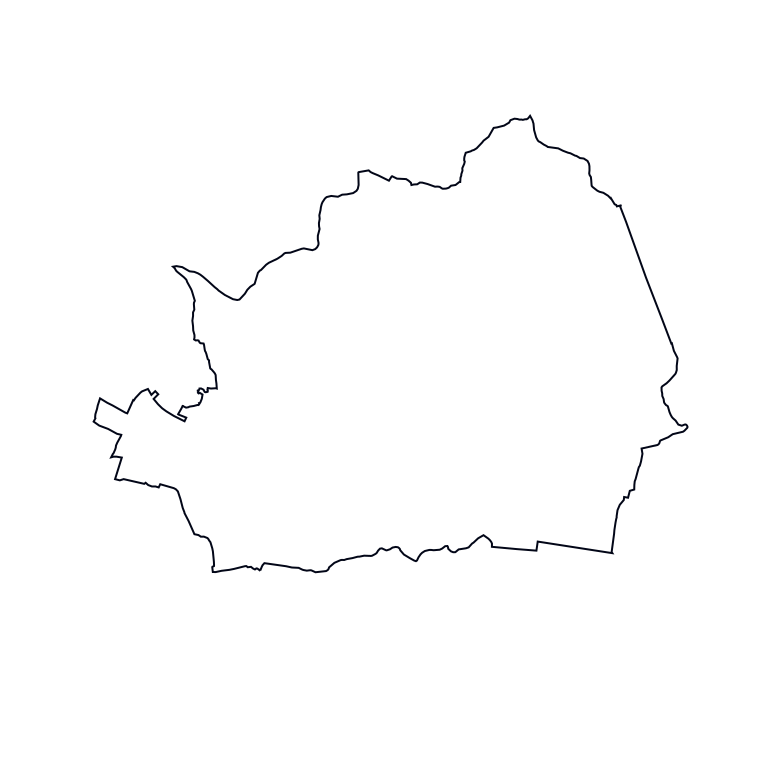 the district of Niculitel, Tulcea, Romania, rotated 165°
{"feature_id": "2599482B9005867250176", "entity_name": "Niculitel", "entity_type": "district", "adm_level": 2, "iso_a3": "ROU", "parent_name": "Romania", "parent_adm1": "Tulcea", "projection": "orthographic", "projection_center": [28.494, 45.189], "detail": "fine", "context": "isolated", "style": "outline", "palette": "ink", "viewbox_px": 768, "rotation_deg": 165, "n_neighbors": 0, "source": "geoboundaries", "source_scale": "gbopen_adm2", "svg_char_len": 6133}
<svg xmlns="http://www.w3.org/2000/svg" viewBox="0 0 768 768"><g transform="rotate(165 384 384)"><path d="M595.2,245.9L589.2,245.6L581.4,244.5L576.7,244.2L565.3,244.0L564.0,243.7L563.1,242.3L559.8,241.8L558.2,239.6L556.7,238.3L556.2,238.3L555.1,238.9L554.6,238.8L554.0,238.4L552.5,236.5L552.3,236.8L551.3,236.5L549.5,238.9L548.3,240.3L545.9,241.9L525.7,233.3L520.5,230.6L514.0,228.5L511.4,226.2L510.2,225.3L506.9,223.7L503.4,223.2L502.4,222.8L498.9,219.9L488.4,218.3L486.6,218.8L485.4,219.7L484.5,221.1L478.2,224.1L471.6,225.1L470.2,225.0L468.0,224.3L465.4,224.5L459.5,224.0L454.2,224.0L452.4,223.6L447.6,223.3L441.1,221.3L440.0,221.2L436.1,222.1L434.8,222.7L432.8,224.6L430.5,226.0L428.6,225.8L425.1,222.9L424.4,222.6L421.0,222.8L418.1,223.8L414.9,223.6L412.8,222.7L411.9,221.6L411.4,220.6L411.3,219.1L408.9,214.1L404.0,209.0L400.5,205.6L399.0,204.6L397.8,205.0L395.5,207.7L392.8,210.0L390.9,211.1L387.8,212.1L383.3,212.0L381.6,211.6L379.1,210.6L373.1,209.5L370.4,210.0L366.9,211.5L364.7,211.1L364.4,209.9L364.6,208.2L362.6,205.0L360.7,203.6L358.6,203.1L354.7,204.9L347.3,204.1L344.5,204.3L340.2,207.1L338.6,207.6L333.0,210.6L327.0,212.2L323.2,207.6L322.1,205.7L321.3,203.7L321.0,201.9L321.9,198.8L298.3,190.1L279.9,183.6L276.3,192.0L207.2,161.5L207.6,162.8L200.5,179.8L199.3,183.2L196.2,190.3L194.7,193.4L193.8,194.9L193.5,196.1L191.1,201.7L187.5,206.3L182.4,209.9L181.3,212.7L177.7,211.0L174.2,217.2L169.6,217.3L168.3,221.7L167.0,225.1L165.6,227.0L160.0,236.7L159.3,237.8L158.0,238.9L155.8,242.6L152.4,249.7L151.9,255.0L135.6,254.3L134.5,254.7L133.5,255.4L132.0,257.7L131.5,257.9L123.3,259.0L118.1,260.8L107.5,260.5L105.9,261.1L102.4,263.2L102.0,263.8L101.9,264.3L102.1,265.4L102.6,266.4L103.3,266.9L104.2,267.0L107.1,266.6L110.2,268.6L111.8,273.2L113.8,276.2L114.5,277.7L115.1,280.1L115.5,283.0L115.6,288.8L115.8,289.4L117.0,290.6L118.0,292.8L118.2,293.9L117.8,297.1L118.3,300.4L117.7,303.0L117.6,305.6L116.8,308.9L115.7,309.8L110.8,311.6L107.5,313.4L100.0,318.3L99.1,319.3L97.6,321.7L96.6,325.6L93.8,332.7L93.9,333.9L95.4,341.0L95.4,348.8L96.0,348.7L98.6,374.5L103.4,419.1L108.2,477.9L110.0,494.8L108.3,495.2L113.1,495.3L113.3,496.8L114.7,497.9L116.5,504.0L116.6,503.8L118.8,507.8L122.6,511.9L126.1,513.9L127.9,515.5L131.5,520.3L132.1,521.6L132.0,522.5L131.0,527.7L130.6,530.4L131.3,532.6L131.3,534.3L130.2,537.2L129.2,541.2L129.0,543.7L129.7,546.8L132.7,550.1L136.2,551.5L139.1,554.5L140.3,555.1L144.2,558.6L146.4,559.8L150.8,563.0L154.7,566.5L164.5,570.6L165.3,571.7L167.7,573.9L170.4,577.1L171.8,578.3L172.4,579.4L173.2,582.8L173.3,590.4L172.2,596.9L172.3,598.3L172.3,600.1L173.5,605.2L176.0,603.3L177.7,602.8L179.3,603.2L181.5,603.2L182.9,603.9L184.7,604.3L186.5,605.4L189.3,606.5L193.6,606.1L195.5,604.1L201.1,602.5L208.3,602.6L211.8,603.0L219.0,595.7L224.8,593.3L226.8,591.8L233.5,587.7L236.5,586.8L238.7,586.7L240.0,586.3L245.2,586.2L247.5,582.6L248.1,581.2L248.7,579.1L248.4,578.1L248.6,577.6L249.6,575.8L252.5,572.2L253.0,569.7L255.0,566.7L255.5,565.2L256.7,563.5L258.1,559.4L259.0,559.6L263.4,557.7L267.9,558.2L270.4,556.9L271.7,556.7L273.6,556.7L276.7,557.4L277.4,557.9L279.2,560.0L281.0,560.8L283.7,561.4L290.2,565.9L294.9,568.6L297.2,569.3L300.2,568.3L303.5,569.0L306.0,569.1L305.9,571.4L307.6,574.0L309.6,576.2L318.3,579.0L322.4,582.6L323.0,582.4L326.6,579.1L335.6,587.0L340.3,590.6L342.1,592.2L343.5,594.3L353.5,595.2L354.0,595.0L354.2,594.5L357.0,582.8L358.8,579.3L360.6,577.7L364.4,576.4L370.8,576.8L375.4,577.7L380.0,576.8L386.3,579.3L390.1,579.4L391.1,579.4L393.1,578.4L396.4,575.5L397.7,573.8L399.2,571.1L400.3,568.4L402.8,563.7L403.4,560.1L405.2,556.3L405.9,553.2L406.1,550.4L409.5,544.4L410.5,540.8L410.7,537.4L411.0,536.2L411.5,535.2L413.3,533.3L415.5,532.1L418.5,531.8L426.3,535.7L428.5,535.9L440.5,535.1L445.2,536.1L446.5,535.9L449.7,534.2L454.6,532.6L463.8,530.9L467.0,529.7L471.5,527.0L473.4,525.9L474.5,525.7L476.3,524.5L477.0,524.0L482.8,514.6L483.1,514.2L487.9,512.6L491.6,510.4L495.0,507.2L501.7,503.0L504.0,503.1L507.9,505.0L514.6,511.1L519.6,517.1L520.5,518.7L522.5,521.4L527.4,529.1L531.1,534.5L533.1,537.1L535.1,539.1L538.2,541.4L542.7,543.2L548.6,549.1L554.0,551.6L557.4,551.9L556.2,550.0L555.5,547.3L554.7,545.9L549.7,539.0L548.1,536.2L547.9,535.6L547.7,533.4L545.8,525.7L545.5,523.6L545.2,513.3L546.5,511.7L547.0,510.3L548.0,504.9L549.9,502.6L550.8,499.2L552.7,494.8L553.5,489.2L554.4,485.1L554.4,480.3L555.0,478.0L555.9,476.2L554.6,474.8L552.9,474.5L551.9,474.0L551.3,471.7L550.7,470.9L547.8,469.8L547.7,468.5L548.3,463.3L548.3,462.1L548.0,461.1L547.8,459.1L547.8,453.6L546.9,452.1L547.3,450.5L547.8,444.0L547.4,443.3L546.9,442.9L545.3,439.6L544.6,437.9L544.3,436.2L545.3,431.4L545.7,428.0L546.7,422.9L547.5,423.4L552.3,424.4L555.2,425.7L555.3,425.3L555.9,424.7L555.8,423.6L556.4,422.8L556.2,422.5L556.4,422.1L558.4,422.2L559.2,422.7L559.4,423.2L559.8,425.2L561.8,427.0L563.4,427.4L563.7,426.7L564.3,426.1L565.6,425.9L565.7,425.6L565.2,425.0L566.0,423.8L565.5,422.9L564.1,423.0L562.0,420.8L563.8,416.9L566.2,413.7L566.7,413.3L567.6,413.4L567.6,412.5L567.8,412.1L568.8,411.7L569.5,412.0L573.5,412.0L577.7,412.5L578.9,412.2L581.3,412.4L583.5,414.3L583.8,415.0L583.7,415.5L586.0,412.8L590.7,408.1L590.3,407.6L583.7,402.7L586.3,399.6L595.2,407.5L601.3,413.9L604.6,418.0L607.5,422.9L610.4,429.2L604.7,432.5L606.8,436.3L611.5,433.7L613.3,440.3L619.6,439.5L621.5,438.7L627.6,434.9L629.9,432.9L630.4,433.4L639.6,422.1L641.2,423.2L651.7,433.5L656.2,437.5L662.0,443.6L666.1,437.3L667.6,434.3L670.6,429.5L671.7,426.5L671.6,425.6L674.2,422.8L669.8,417.5L662.1,412.0L654.8,405.0L650.9,402.9L651.6,401.8L656.8,396.4L658.8,393.9L659.5,392.1L660.6,390.3L663.3,387.0L664.0,386.6L666.5,383.8L664.1,383.8L661.1,383.0L656.3,380.8L668.4,361.7L664.1,359.3L660.1,359.5L641.4,349.6L639.8,350.3L637.9,347.4L634.7,345.1L631.1,344.1L628.4,342.4L626.1,345.1L614.0,337.8L612.3,336.2L610.9,333.6L610.4,325.4L610.5,316.4L610.0,311.8L610.1,310.9L608.2,302.2L606.0,288.0L602.3,286.1L600.4,283.9L597.5,283.2L594.4,280.9L593.8,279.7L593.4,278.1L592.6,276.1L592.4,269.7L592.6,266.6L594.3,256.4L595.1,252.8L595.4,252.1L597.0,251.9L597.3,251.5L598.0,246.7L595.2,245.9Z" fill="none" stroke="#020617" stroke-width="2"/></g></svg>